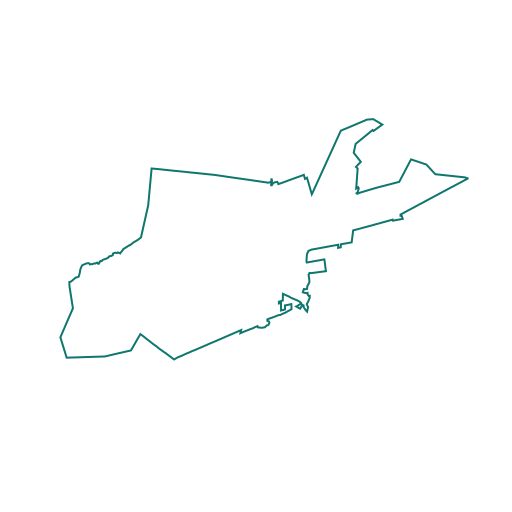 the district of Vicente Guerrero, Durango, Mexico, rotated 206°
{"feature_id": "50627088B72339914666987", "entity_name": "Vicente Guerrero", "entity_type": "district", "adm_level": 2, "iso_a3": "MEX", "parent_name": "Mexico", "parent_adm1": "Durango", "projection": "equal_earth", "projection_center": [-103.968, 23.727], "detail": "fine", "context": "isolated", "style": "outline", "palette": "teal", "viewbox_px": 512, "rotation_deg": 206, "n_neighbors": 0, "source": "geoboundaries", "source_scale": "gbopen_adm2", "svg_char_len": 5045}
<svg xmlns="http://www.w3.org/2000/svg" viewBox="0 0 512 512"><g transform="rotate(206 256 256)"><path d="M388.2,288.9L375.1,254.3L367.5,222.2L369.4,218.5L372.3,214.1L372.4,213.8L373.9,210.6L374.0,210.5L374.4,210.2L374.5,210.2L374.9,209.5L375.1,209.3L375.7,208.2L378.3,204.0L378.3,203.8L378.3,203.7L378.5,202.1L378.6,201.9L379.2,199.1L379.2,198.8L380.1,198.8L381.2,198.7L381.8,198.6L382.2,197.7L383.7,197.4L384.4,196.8L385.2,196.1L385.6,195.5L385.5,194.8L385.1,194.2L385.5,193.4L386.2,192.5L387.4,191.7L388.0,190.9L388.0,190.1L388.4,189.2L389.4,188.0L391.3,186.1L392.1,185.3L392.5,183.7L393.6,183.3L393.9,182.3L393.8,181.0L393.9,180.1L394.4,179.8L394.8,179.9L395.7,180.5L395.9,180.4L397.2,178.7L397.7,178.7L398.4,178.2L399.3,177.1L400.4,176.5L401.7,175.6L402.4,176.2L403.3,176.2L405.0,175.1L406.0,174.0L406.8,173.1L408.2,171.3L408.2,169.1L407.9,166.3L407.3,164.7L406.8,162.6L406.5,160.9L406.3,159.7L407.3,158.6L408.5,157.7L409.7,155.0L411.0,152.0L412.3,150.8L412.2,150.7L412.0,150.1L410.3,146.9L397.6,128.7L397.4,123.9L397.0,114.3L396.8,110.4L396.2,97.2L381.6,81.6L347.7,99.5L339.4,106.3L327.0,116.3L326.5,123.4L326.1,129.6L325.8,133.2L325.7,135.1L321.8,134.4L318.3,133.6L315.4,133.0L313.5,132.6L309.9,131.8L309.3,131.7L308.8,131.6L307.6,131.4L305.5,131.1L304.2,130.7L303.1,130.5L302.2,130.3L301.9,130.2L301.1,130.1L300.4,130.0L299.8,129.9L298.2,129.6L297.9,129.6L297.6,129.5L296.5,129.3L294.5,129.1L293.5,128.9L292.4,128.6L292.2,128.6L290.5,128.3L289.9,128.2L289.6,128.1L289.4,128.1L286.5,127.5L286.3,127.5L284.3,127.1L283.0,129.0L282.4,129.9L281.9,130.6L280.4,132.3L280.1,132.6L278.9,133.9L278.1,134.9L277.4,135.8L276.1,137.4L274.9,138.8L274.4,139.3L273.2,140.7L271.9,142.3L271.5,142.8L271.2,143.1L270.3,144.0L269.2,145.2L268.7,145.9L268.6,146.0L267.2,147.6L266.7,148.2L265.9,149.1L264.6,150.6L263.0,152.5L261.6,154.1L261.3,154.4L261.2,154.5L260.4,155.6L258.8,157.4L258.5,157.8L256.8,159.7L256.1,160.5L255.4,161.3L253.9,163.0L253.4,163.7L252.4,164.8L236.9,182.9L236.2,179.8L232.4,184.1L229.8,186.9L229.5,187.3L228.9,187.9L228.0,188.8L226.7,190.2L226.1,191.1L223.9,193.6L223.0,192.7L221.6,193.2L219.5,193.9L216.7,195.9L216.0,198.1L215.6,198.6L214.9,199.0L214.8,199.4L214.6,199.7L214.6,200.1L214.6,200.3L214.6,200.5L214.6,201.2L214.6,201.4L214.8,202.1L215.2,202.5L215.6,202.8L215.9,202.9L216.0,202.9L216.6,202.7L216.8,202.6L217.1,202.6L217.4,202.8L217.5,203.0L217.6,203.4L217.8,203.6L218.0,203.9L218.0,204.1L216.2,206.0L214.2,208.0L212.1,210.2L210.3,212.2L209.9,212.6L209.6,212.9L208.5,213.5L206.0,216.6L204.9,217.8L203.4,220.0L202.9,220.7L202.6,221.1L200.8,223.8L201.5,225.1L201.9,226.0L203.2,228.3L204.8,226.9L206.4,225.7L208.3,224.3L206.5,220.7L209.6,218.0L211.3,221.4L213.0,224.8L214.6,223.4L215.4,225.0L214.4,225.8L212.4,227.7L215.2,233.8L208.9,234.0L205.7,233.8L202.5,234.0L199.5,234.2L197.1,234.1L196.2,233.9L194.9,233.6L194.8,232.7L196.1,230.7L197.0,229.1L197.7,228.3L195.7,228.1L194.0,228.0L193.2,228.0L193.0,232.5L191.5,232.4L191.1,231.2L188.0,229.3L185.7,228.4L186.1,230.0L186.4,231.1L186.7,232.8L189.2,234.9L189.2,236.6L189.1,237.8L189.4,241.8L190.2,243.8L191.2,243.2L192.9,244.2L193.5,245.5L195.6,244.3L198.0,243.9L198.5,247.3L197.8,247.6L197.6,247.5L196.8,247.9L196.5,248.1L195.7,248.7L196.7,251.8L196.5,253.0L196.6,256.2L197.2,257.1L198.2,258.9L198.8,259.6L199.4,260.6L200.1,261.6L200.5,262.1L200.5,262.5L200.4,262.9L200.4,263.6L200.5,264.2L198.9,264.8L186.5,273.0L188.5,276.0L191.5,280.6L193.1,282.9L207.5,272.4L208.2,273.1L210.3,278.1L211.0,280.1L211.1,283.5L210.0,284.8L209.0,286.0L192.3,298.3L187.1,302.1L185.8,299.3L183.6,301.0L184.9,303.7L176.0,310.2L179.9,321.6L179.5,322.0L177.1,324.0L158.5,340.3L149.1,348.6L148.4,347.8L140.4,353.7L142.8,356.1L143.7,355.5L144.3,356.6L117.2,394.2L99.7,418.3L99.8,418.6L102.9,418.2L130.7,408.1L143.0,412.9L159.0,410.8L159.4,397.5L159.8,385.4L177.1,370.6L179.0,368.9L183.7,364.6L191.7,357.2L191.7,356.8L192.0,356.5L193.1,356.3L193.2,356.5L192.5,357.3L193.3,361.9L194.5,362.6L194.6,362.3L195.0,361.3L195.5,360.5L203.0,379.2L205.2,379.9L203.1,386.6L213.4,391.6L215.6,400.4L206.4,420.4L205.2,419.9L200.1,429.5L210.6,430.4L216.1,427.2L222.3,420.0L231.1,409.9L233.2,407.6L233.7,407.0L234.7,405.8L233.1,345.7L232.9,337.2L232.9,335.9L233.8,336.9L239.1,342.8L240.9,344.8L242.7,346.7L244.5,348.7L245.8,346.8L247.6,348.8L248.6,349.9L249.2,349.2L253.1,345.2L260.6,337.5L262.6,335.3L267.4,330.4L267.9,331.1L268.4,331.4L268.9,331.6L269.5,331.9L271.5,330.3L271.9,330.0L272.1,329.6L272.4,329.1L272.6,328.4L272.8,327.7L272.8,327.4L272.8,327.0L272.8,326.9L272.8,326.5L273.0,326.4L273.2,326.2L273.4,326.2L273.6,326.4L273.7,326.7L273.7,326.8L273.7,327.1L273.8,327.3L273.9,327.8L274.0,328.0L274.0,328.3L274.0,328.5L274.1,328.8L274.2,329.0L274.3,329.4L274.3,329.7L274.4,330.0L274.5,330.4L274.6,330.5L274.8,330.7L274.9,331.0L275.0,331.3L276.2,332.4L275.5,331.1L275.1,329.6L275.1,328.9L275.6,328.7L275.8,328.2L277.6,327.0L278.7,326.8L280.5,326.2L280.8,326.1L286.1,324.4L295.9,321.3L297.4,320.8L313.8,315.5L328.6,310.8L369.7,295.7L381.6,291.4L388.2,288.9Z" fill="none" stroke="#0f766e" stroke-width="2"/></g></svg>